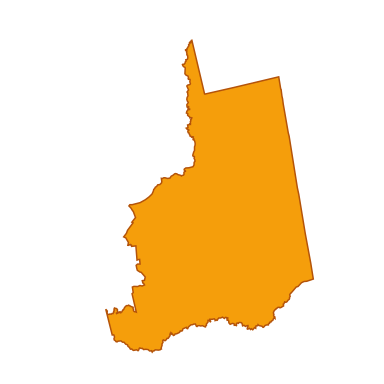 Dolores, Petén, Guatemala (Robinson projection), rotated 347°
{"feature_id": "79465075B81519160116587", "entity_name": "Dolores", "entity_type": "district", "adm_level": 2, "iso_a3": "GTM", "parent_name": "Guatemala", "parent_adm1": "Petén", "projection": "robinson", "projection_center": [-89.465, 16.645], "detail": "fine", "context": "isolated", "style": "filled", "palette": "amber", "viewbox_px": 384, "rotation_deg": 347, "n_neighbors": 0, "source": "geoboundaries", "source_scale": "gbopen_adm2", "svg_char_len": 6049}
<svg xmlns="http://www.w3.org/2000/svg" viewBox="0 0 384 384"><g transform="rotate(347 192 192)"><path d="M302.4,99.3L256.0,99.6L226.6,99.5L226.3,99.2L226.0,44.1L225.4,44.2L225.0,44.9L224.4,45.2L224.5,46.0L224.3,46.3L223.3,45.7L223.1,45.9L223.0,47.1L221.9,47.6L221.9,48.8L221.2,49.2L220.1,50.6L219.4,51.0L219.2,51.9L217.7,52.0L217.6,52.8L218.7,53.4L218.1,55.0L218.2,56.1L217.8,57.2L218.4,57.8L218.2,59.9L217.7,61.2L217.2,61.7L215.7,61.8L215.7,63.1L214.6,63.8L214.3,64.8L213.3,65.7L211.6,65.5L211.3,65.7L211.6,67.2L212.1,68.1L213.1,68.9L213.3,69.6L211.7,75.2L212.4,76.7L214.2,78.2L214.3,79.5L213.8,80.5L213.9,81.4L215.2,81.7L215.4,82.3L214.7,84.1L214.8,86.2L214.1,86.8L211.8,86.9L210.8,87.6L211.6,91.8L209.7,93.4L209.7,93.8L210.2,94.4L209.9,95.2L209.8,97.3L208.5,98.8L207.8,100.5L207.9,102.4L208.5,103.7L208.4,104.1L206.6,105.8L206.3,108.0L206.7,109.0L207.3,108.7L207.7,108.0L207.9,108.2L207.4,109.6L207.5,110.0L208.4,110.7L208.2,111.1L207.2,110.7L206.4,110.9L206.1,111.7L205.2,112.0L204.3,113.8L205.5,114.7L205.0,116.1L205.1,116.5L206.5,118.2L206.7,119.4L207.6,119.2L208.5,119.7L207.8,120.8L206.9,121.3L206.9,122.5L206.2,123.0L206.0,124.7L205.7,125.7L204.9,125.1L204.3,125.8L202.8,125.7L202.6,128.3L200.9,128.5L201.4,129.0L201.2,129.4L201.3,129.7L202.7,130.5L202.9,130.9L201.6,131.7L201.6,133.3L202.2,133.6L202.5,135.7L202.8,136.1L202.7,137.1L203.5,137.5L203.9,138.5L205.0,138.3L205.6,138.6L205.1,139.3L205.6,140.3L204.9,140.8L204.8,141.1L205.0,141.5L205.7,141.6L205.9,142.1L206.1,143.8L206.0,145.5L205.5,147.2L204.6,148.6L203.8,152.1L202.6,153.5L201.0,156.4L201.2,157.6L202.1,157.8L202.3,158.3L201.6,159.8L202.0,161.2L201.8,162.8L200.8,163.5L200.0,166.2L198.6,167.6L194.3,167.7L191.4,167.2L189.9,167.8L189.5,168.1L189.4,169.0L190.3,169.9L190.2,170.4L189.4,170.4L188.6,171.0L188.1,173.1L187.4,173.7L185.8,173.7L185.4,174.0L184.2,172.9L182.3,172.0L181.3,170.9L179.9,170.3L179.2,170.4L177.0,171.5L175.3,171.9L173.6,173.5L171.2,173.3L168.8,172.0L167.4,171.8L166.2,172.2L165.2,171.8L164.9,175.1L164.3,176.3L162.4,177.5L160.2,177.3L158.8,178.6L157.3,179.1L156.4,180.2L155.3,180.9L154.5,182.5L152.6,185.0L148.9,187.2L144.6,189.1L139.0,190.7L130.9,190.9L128.6,190.4L127.4,191.4L128.9,193.9L129.9,196.9L130.4,197.7L131.2,204.2L126.6,207.9L127.6,208.8L120.6,214.8L118.8,217.5L115.4,220.3L115.7,220.5L115.8,220.9L117.1,221.6L118.7,226.9L117.5,229.5L118.2,229.7L118.9,229.2L119.8,229.7L120.4,229.4L120.7,230.1L121.0,230.2L120.9,231.4L125.2,231.9L123.1,246.0L124.6,245.8L125.8,245.9L125.2,250.5L122.6,250.0L121.1,250.9L121.0,253.7L121.1,256.0L123.3,258.3L124.4,258.8L127.3,264.3L125.8,267.4L123.6,267.2L123.6,269.6L124.3,270.1L124.8,271.9L122.2,272.4L120.3,271.4L117.8,271.9L114.2,270.9L112.5,271.2L112.1,276.8L110.7,277.6L110.7,296.5L109.6,295.7L109.0,295.7L108.4,294.8L108.3,294.0L108.6,293.4L108.3,292.5L108.7,291.1L106.5,289.6L106.3,289.2L105.7,289.0L104.9,288.0L104.0,288.3L102.9,288.0L101.6,288.4L100.1,289.6L99.4,290.7L98.3,291.2L98.2,291.7L97.6,291.9L96.6,293.1L95.8,293.2L95.4,293.7L94.8,293.4L94.9,292.5L94.7,292.5L93.7,292.9L93.1,292.7L92.7,293.2L91.2,293.5L91.1,293.0L92.3,292.6L92.8,291.5L92.5,290.8L92.9,289.9L92.4,288.8L92.1,288.5L90.8,288.1L90.6,287.6L90.1,287.8L89.6,288.9L89.8,289.7L88.8,290.6L89.0,291.3L87.7,292.7L87.0,292.3L85.9,292.9L84.5,292.4L83.7,292.6L82.7,292.4L82.1,291.7L82.2,290.1L82.7,289.0L81.6,286.8L82.1,313.4L83.3,313.5L83.7,313.8L83.9,315.8L83.5,316.7L83.1,317.0L82.9,318.6L84.2,320.1L84.2,320.6L85.2,321.2L86.4,320.7L89.3,321.1L90.5,322.7L92.0,323.1L93.1,325.3L94.8,326.4L94.9,328.0L96.1,329.4L96.5,331.0L96.9,331.4L98.0,331.4L98.7,332.6L99.4,333.2L102.5,333.3L103.7,334.5L104.5,334.0L105.5,332.4L106.1,332.2L107.3,333.0L108.5,333.2L109.3,334.6L111.8,334.9L114.0,335.8L114.5,336.8L115.2,337.5L116.8,337.5L117.2,339.1L118.5,338.1L119.7,338.2L120.6,337.5L123.7,338.5L125.4,338.6L126.1,338.2L126.9,338.1L126.8,337.2L128.4,334.5L128.6,333.3L129.9,332.0L130.0,330.3L130.5,329.8L131.1,329.7L131.7,330.6L132.6,330.8L133.8,330.0L134.8,329.0L135.9,329.2L138.3,327.0L138.4,325.9L139.0,325.0L139.0,325.4L139.8,325.9L140.5,325.0L141.6,327.6L142.8,327.4L143.6,326.5L145.2,326.7L148.3,326.0L149.1,324.9L149.9,324.8L150.1,325.1L151.1,325.1L151.5,324.9L152.1,323.6L152.7,323.2L156.0,322.6L156.3,323.8L157.0,324.2L158.3,322.6L161.0,321.2L162.8,321.4L163.9,321.1L165.6,321.4L166.1,323.8L166.6,324.2L167.6,323.6L169.3,323.9L170.3,324.5L172.1,324.6L174.6,326.5L174.9,326.4L175.3,325.5L176.1,325.1L176.3,323.9L178.3,322.4L178.7,320.7L179.7,321.0L180.6,322.6L181.0,322.4L181.0,321.7L180.2,320.6L180.5,320.0L183.4,320.6L185.2,320.6L185.6,321.2L185.6,322.5L186.8,322.1L187.4,322.7L187.9,322.6L188.3,321.9L189.8,320.8L191.5,321.2L193.6,320.8L195.1,322.5L196.4,321.7L197.1,321.9L197.7,322.5L198.5,322.6L198.4,323.2L197.5,323.4L197.4,324.9L198.5,325.0L198.7,326.0L198.5,327.8L199.4,329.5L201.7,329.1L203.2,329.7L203.4,330.3L203.2,331.4L204.4,331.6L205.2,332.2L205.4,332.0L205.7,330.1L206.6,329.8L207.6,330.4L208.1,329.9L209.1,329.8L210.6,330.4L211.2,331.3L211.2,333.8L212.7,333.6L213.8,335.0L215.6,334.6L216.5,334.7L216.4,335.4L215.1,337.3L215.1,338.0L215.5,338.2L217.3,337.8L218.2,339.2L219.1,338.6L220.2,339.9L222.5,338.2L223.4,339.1L224.0,337.2L224.4,336.8L225.3,337.1L226.2,336.6L226.5,336.1L227.1,337.1L230.1,338.6L230.7,339.8L231.1,339.9L232.2,339.3L233.1,338.5L235.0,338.3L236.5,338.7L236.8,337.8L238.1,337.3L238.2,336.6L238.9,336.3L239.6,336.5L240.5,335.6L241.8,335.3L243.3,333.2L243.9,333.3L244.4,333.9L244.6,332.3L243.7,331.1L243.9,330.2L244.3,329.6L244.1,329.1L244.2,327.8L245.1,326.5L246.4,325.4L247.3,325.2L247.6,324.6L248.6,324.4L249.5,323.8L251.0,323.9L251.6,324.6L252.5,324.6L255.6,323.6L255.7,321.8L256.3,321.7L257.6,319.9L258.6,320.6L259.8,320.3L261.4,318.9L262.5,318.5L263.0,317.9L263.3,316.7L264.2,315.7L264.0,314.2L264.4,313.7L265.4,312.8L265.7,312.8L272.2,308.0L274.1,307.9L278.3,305.0L281.1,304.4L283.7,304.8L290.6,304.1L291.7,288.0L293.0,258.0L295.5,218.5L295.6,211.5L299.2,159.4L299.1,156.0L300.7,126.6L301.2,121.6L301.2,118.8L301.9,112.0L301.6,111.7L302.4,99.3Z" fill="#f59e0b" stroke="#b45309" stroke-width="1.5"/></g></svg>